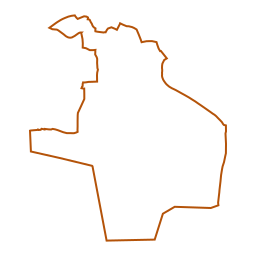 the district of Apapa, Lagos, Nigeria
{"feature_id": "59680162B5781056238943", "entity_name": "Apapa", "entity_type": "district", "adm_level": 2, "iso_a3": "NGA", "parent_name": "Nigeria", "parent_adm1": "Lagos", "projection": "albers", "projection_center": [3.364, 6.438], "detail": "fine", "context": "isolated", "style": "outline", "palette": "amber", "viewbox_px": 256, "rotation_deg": 0, "n_neighbors": 0, "source": "geoboundaries", "source_scale": "gbopen_adm2", "svg_char_len": 2473}
<svg xmlns="http://www.w3.org/2000/svg" viewBox="0 0 256 256"><path d="M120.1,23.3L119.8,24.2L116.9,29.8L115.0,28.8L111.4,27.3L108.0,28.5L106.9,29.9L105.6,32.3L104.8,32.2L103.7,32.5L100.4,32.1L97.3,31.7L95.4,31.3L95.3,30.3L95.5,28.4L94.2,27.6L93.0,26.4L92.3,25.1L91.9,23.9L90.7,22.0L89.7,19.8L89.1,19.5L87.7,19.3L87.9,18.4L88.0,17.5L86.5,16.6L84.9,16.4L84.1,16.3L81.6,17.3L77.7,18.9L76.8,18.1L75.4,16.4L74.8,15.4L71.6,15.8L68.4,16.6L66.4,17.4L65.1,17.9L62.6,19.0L60.7,20.0L57.3,22.1L55.7,23.2L49.4,27.8L52.3,29.2L54.4,29.4L56.8,29.6L58.2,30.3L60.1,31.7L63.5,34.2L65.9,36.2L67.7,37.2L69.1,37.6L70.6,37.7L72.0,37.4L72.9,36.9L74.6,36.0L77.0,34.3L78.7,33.1L80.2,32.5L81.5,32.5L81.3,32.7L81.2,33.0L81.4,33.7L82.0,36.6L82.5,39.1L82.7,42.0L82.8,43.2L82.7,47.6L85.9,48.2L87.4,48.9L88.9,49.7L89.8,50.1L93.3,50.1L95.4,49.9L95.3,50.4L95.3,51.8L95.2,54.5L96.6,57.0L96.8,57.6L97.1,58.4L97.2,59.5L97.1,63.0L97.3,65.9L97.4,68.0L97.9,69.7L97.2,72.6L97.0,75.2L97.1,81.6L92.0,81.8L88.6,81.9L86.1,82.3L84.2,82.5L83.1,82.4L83.0,82.8L82.7,83.7L82.6,86.1L82.1,86.6L81.5,88.2L83.1,88.5L84.2,88.5L84.3,94.1L84.3,99.0L80.7,106.9L78.8,111.0L77.9,112.9L77.7,115.3L77.6,120.5L77.6,126.6L77.5,130.0L77.6,131.3L77.6,131.9L76.0,132.6L74.0,133.2L66.7,133.1L63.2,132.2L57.9,130.2L55.3,129.4L52.6,128.9L51.1,129.5L48.9,129.4L46.3,129.1L44.7,128.9L44.6,129.5L44.0,129.4L43.1,129.1L41.5,128.8L40.7,129.8L38.6,130.0L38.0,129.5L37.7,129.9L30.7,130.5L30.0,130.7L30.4,139.6L30.9,151.5L59.7,158.0L92.0,165.8L92.5,166.3L106.6,240.6L154.7,239.6L162.9,213.7L174.7,206.8L210.8,208.0L218.4,205.3L218.1,202.7L219.3,192.4L219.5,189.9L220.5,181.3L221.1,175.0L222.0,169.5L222.6,166.4L224.0,162.2L225.3,155.9L225.9,153.3L226.0,143.9L225.8,139.6L225.5,133.4L226.0,131.4L225.9,125.4L223.8,124.9L222.9,123.8L222.4,122.9L221.9,122.1L220.3,120.4L218.3,118.4L216.4,116.4L216.1,116.1L215.4,115.5L214.4,114.7L212.8,113.7L211.0,112.4L209.9,111.6L209.3,111.2L201.3,105.6L197.9,103.3L195.2,101.4L192.6,99.8L189.0,97.5L184.8,95.1L181.7,93.4L179.4,92.1L175.6,90.0L173.3,88.9L172.0,88.3L170.3,87.3L169.6,86.9L168.9,86.4L168.2,85.8L166.7,84.5L165.7,83.4L163.9,80.9L163.1,79.5L162.3,77.4L162.0,75.9L162.1,74.0L162.0,72.9L162.2,71.1L162.2,69.7L162.0,68.0L162.1,65.5L162.4,63.6L164.2,60.0L166.8,58.4L160.9,51.0L160.1,51.1L158.6,48.5L157.3,44.8L156.5,42.1L151.9,41.1L146.6,41.2L141.6,42.2L140.8,39.8L138.8,34.7L136.6,29.5L134.1,28.0L132.1,27.1L128.9,26.3L126.6,26.2L123.0,24.7L120.1,23.3Z" fill="none" stroke="#b45309" stroke-width="2"/></svg>